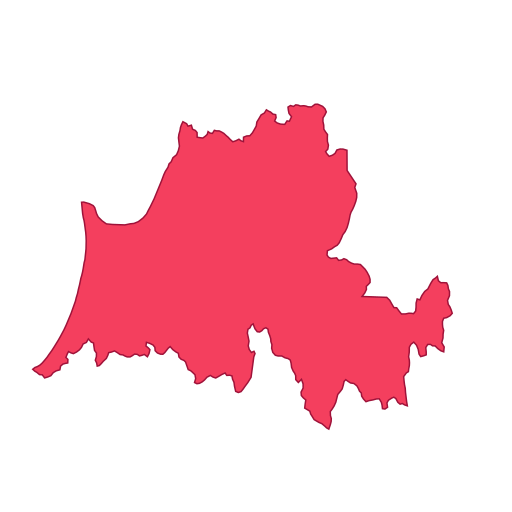 outline of Valença, Bahia, Brazil, rotated 189°
{"feature_id": "56859067B70637870066709", "entity_name": "Valença", "entity_type": "district", "adm_level": 2, "iso_a3": "BRA", "parent_name": "Brazil", "parent_adm1": "Bahia", "projection": "equal_earth", "projection_center": [-39.206, -13.363], "detail": "fine", "context": "isolated", "style": "filled", "palette": "rose", "viewbox_px": 512, "rotation_deg": 189, "n_neighbors": 0, "source": "geoboundaries", "source_scale": "gbopen_adm2", "svg_char_len": 6088}
<svg xmlns="http://www.w3.org/2000/svg" viewBox="0 0 512 512"><g transform="rotate(189 256 256)"><path d="M436.7,281.8L433.9,270.9L432.5,266.7L431.4,264.2L430.5,261.5L427.8,252.4L426.9,248.6L426.1,244.5L425.0,236.5L424.8,233.3L424.6,229.1L424.4,225.7L424.7,222.5L424.7,216.7L424.8,213.1L425.1,209.3L425.5,206.5L425.6,203.4L425.8,199.6L426.2,195.3L426.4,191.0L427.0,186.8L427.3,183.1L429.7,170.2L432.7,158.0L434.2,152.8L436.6,145.9L438.1,141.9L441.1,134.7L442.9,130.6L445.0,126.5L446.5,123.3L448.2,120.4L450.3,117.0L452.3,114.5L454.6,112.6L456.9,111.3L458.8,109.2L456.4,107.6L454.3,106.8L451.3,105.0L448.5,105.2L445.7,102.5L442.8,103.9L439.9,105.7L438.0,109.1L435.4,111.3L431.9,112.9L431.8,116.7L429.7,119.1L427.5,120.1L425.2,120.9L425.6,124.4L427.9,126.1L427.1,129.7L426.2,132.3L423.7,131.4L421.1,131.0L418.2,133.1L415.7,135.7L414.1,138.4L413.0,142.1L410.0,144.1L408.6,147.9L405.3,145.2L402.9,144.7L402.0,141.6L400.7,137.5L398.4,135.2L397.9,131.7L398.4,127.9L396.7,125.5L395.6,122.4L393.6,123.3L392.0,125.5L390.4,128.1L387.8,131.4L386.8,134.8L386.4,137.5L383.8,138.5L380.9,140.1L377.9,138.9L374.8,137.4L372.0,137.5L369.8,136.7L367.5,136.2L364.6,136.6L362.8,138.0L360.6,140.1L357.9,140.3L355.4,139.1L353.3,140.0L350.9,141.3L347.5,139.5L346.4,142.9L346.1,146.9L348.2,148.5L350.6,149.9L350.7,153.6L347.3,153.1L343.8,152.0L341.6,150.0L340.8,146.7L338.2,144.8L335.1,144.1L332.6,144.4L331.0,146.3L328.3,151.2L326.6,153.1L323.5,150.5L320.1,148.7L317.5,147.8L316.3,144.2L313.8,142.3L310.8,141.6L309.0,140.3L305.2,133.2L302.6,132.5L300.7,131.3L297.7,129.2L296.4,125.5L296.9,121.4L294.4,120.6L291.9,121.4L289.4,123.3L287.4,125.6L285.5,128.6L282.4,130.9L279.6,129.7L276.7,129.2L273.9,131.4L271.1,133.7L268.2,135.6L266.2,133.5L263.4,134.1L261.0,133.8L259.9,130.7L258.0,127.8L256.9,124.1L254.9,119.1L252.1,118.4L249.6,119.7L248.1,122.2L246.6,125.3L244.3,129.7L241.9,135.4L242.4,156.0L241.7,159.5L243.1,161.6L245.4,160.0L248.0,162.5L249.6,166.0L249.6,170.8L250.9,174.4L252.5,178.5L252.5,182.4L250.7,184.1L249.9,186.9L248.2,188.5L246.9,186.1L245.5,183.8L242.9,181.4L240.5,181.5L238.6,183.1L237.2,185.3L235.0,186.7L232.7,185.6L231.9,182.8L229.9,179.4L228.5,176.5L227.9,173.8L226.4,170.9L226.1,167.3L224.3,163.4L221.4,161.0L218.6,160.7L215.0,161.3L211.4,160.0L208.2,159.7L205.9,158.6L204.6,155.7L203.4,151.5L201.3,148.2L199.6,146.4L198.1,144.1L197.4,140.1L194.4,137.7L191.8,141.3L189.5,137.1L188.8,132.9L190.2,128.6L189.4,125.3L187.1,123.3L184.3,121.6L184.3,117.6L184.1,113.4L178.6,111.2L177.3,108.5L175.2,106.1L173.0,103.5L167.9,101.5L164.7,100.7L161.4,98.7L159.4,97.3L157.0,96.4L156.2,101.1L155.9,104.2L156.2,107.2L157.5,110.0L158.3,114.0L156.9,116.6L155.4,120.1L154.3,124.1L154.0,127.6L153.6,132.0L151.4,135.7L150.1,138.2L149.6,142.1L149.4,145.9L148.0,147.9L145.7,146.7L142.8,145.4L139.3,145.4L136.0,143.5L134.4,141.5L132.6,138.7L130.6,137.2L129.7,134.1L127.5,131.6L124.6,129.3L121.8,130.8L117.9,132.2L114.8,133.6L111.9,134.2L109.3,131.1L108.2,128.5L107.2,125.0L104.7,125.0L102.4,127.2L103.7,131.4L102.6,134.3L99.7,136.9L97.8,138.1L95.6,137.1L93.0,133.7L90.5,132.2L88.4,133.2L86.0,132.2L83.1,131.7L84.6,136.2L87.0,144.7L87.9,148.7L89.2,152.2L90.2,155.7L91.3,160.0L89.2,164.1L87.4,165.6L87.5,168.8L87.4,171.8L87.7,174.5L88.3,177.2L89.5,180.3L89.6,185.0L90.3,189.9L89.1,193.1L86.7,195.6L83.5,193.0L81.2,189.2L79.6,184.6L77.6,182.4L74.7,183.7L72.4,185.0L72.9,188.0L74.0,192.1L72.6,195.5L69.8,196.0L67.6,194.9L65.0,195.2L62.0,193.0L58.6,191.3L55.6,190.7L55.9,195.6L59.0,199.4L58.5,204.3L59.0,208.1L59.0,211.9L60.4,214.8L61.1,217.5L61.6,220.5L60.9,223.9L58.0,225.0L54.9,227.4L53.2,230.1L54.8,233.3L56.6,236.2L58.5,238.2L59.9,242.1L58.7,247.1L59.3,251.2L60.8,253.6L61.9,257.0L63.5,259.3L66.7,259.0L69.3,258.5L72.0,260.1L73.7,264.3L75.2,262.4L77.4,260.4L79.1,256.4L81.1,250.3L83.8,247.4L85.9,243.1L87.3,238.3L90.1,238.8L90.5,234.6L89.9,230.4L89.7,226.6L91.4,223.7L93.6,223.7L96.1,223.4L99.2,222.2L103.3,221.5L106.2,224.1L109.0,226.9L111.7,226.6L114.5,230.0L117.0,233.2L120.4,235.6L144.9,232.6L142.8,236.5L141.7,240.2L142.3,243.3L140.7,245.4L139.2,247.7L139.7,250.8L141.1,253.8L143.7,257.3L146.2,260.0L151.5,263.9L154.4,263.9L157.7,263.4L160.6,263.9L163.7,265.0L165.9,266.5L168.8,267.1L170.8,265.5L173.7,264.6L176.1,266.8L178.6,266.1L181.7,265.3L184.3,266.2L186.0,268.1L186.3,272.4L182.4,274.9L179.7,277.6L177.5,279.3L175.9,282.0L174.5,286.7L173.6,290.6L171.8,294.0L170.5,298.3L169.9,302.8L169.6,307.3L169.5,311.2L169.0,314.2L167.9,317.2L166.9,320.9L166.0,325.5L165.7,329.6L166.3,333.7L168.0,336.9L169.2,339.2L168.5,342.9L179.4,354.7L182.7,374.7L186.8,375.2L189.7,374.8L192.7,373.4L194.0,369.7L196.3,367.5L199.3,365.9L202.0,368.1L203.6,370.0L201.8,372.7L201.8,376.8L203.4,380.3L204.0,383.7L204.4,387.2L206.6,389.3L208.8,391.8L209.6,395.9L211.0,399.5L211.4,403.0L210.2,405.7L209.1,409.3L210.9,412.2L213.6,414.2L216.2,414.9L218.8,415.6L221.4,415.1L224.5,411.9L227.9,411.5L230.1,411.9L232.4,411.9L235.6,411.1L238.1,411.6L240.4,411.5L242.4,409.6L245.5,410.0L247.7,408.1L246.9,405.2L245.7,402.0L242.7,399.1L244.1,394.3L246.5,394.3L248.2,390.5L252.3,390.1L255.9,390.7L258.7,392.2L257.8,395.9L258.7,398.7L261.5,398.8L264.2,400.5L266.2,401.0L268.6,402.0L270.1,398.5L273.0,396.2L274.6,392.1L276.1,388.5L276.1,384.3L277.5,380.5L278.8,377.1L280.9,373.8L284.0,373.1L286.9,371.4L286.3,367.0L288.8,367.4L291.1,368.7L294.0,366.6L296.8,365.2L299.9,367.2L302.0,368.9L304.2,370.2L307.0,372.1L309.3,373.0L311.8,373.8L314.6,373.4L316.8,373.6L318.2,370.3L320.6,370.2L322.8,371.4L323.2,368.5L324.8,366.4L327.0,364.2L329.6,364.1L332.7,364.1L333.5,368.7L335.5,370.5L338.5,371.3L340.3,375.1L343.5,373.6L345.2,375.8L349.2,377.2L350.2,373.9L350.7,371.1L350.7,367.9L351.2,364.1L351.1,360.6L349.9,356.3L348.8,352.5L349.2,347.8L350.3,343.6L353.4,340.1L354.5,335.8L356.3,333.4L356.8,329.9L358.8,325.3L359.8,321.7L361.0,315.7L362.9,307.7L365.6,296.4L368.0,288.5L369.5,284.2L370.7,280.3L373.5,275.9L377.6,271.5L381.6,269.1L385.3,268.1L390.4,266.2L402.6,264.7L408.8,264.3L413.6,266.7L418.0,269.9L420.1,272.9L421.4,275.6L422.9,278.6L424.7,280.3L428.7,281.6L434.6,282.3L436.7,281.8Z" fill="#f43f5e" stroke="#9f1239" stroke-width="1.5"/></g></svg>